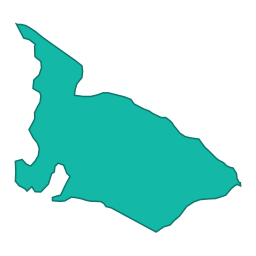 Ineia, Paphos, Cyprus
{"feature_id": "46923920B71258573989723", "entity_name": "Ineia", "entity_type": "district", "adm_level": 2, "iso_a3": "CYP", "parent_name": "Cyprus", "parent_adm1": "Paphos", "projection": "albers", "projection_center": [32.342, 34.971], "detail": "fine", "context": "isolated", "style": "filled", "palette": "teal", "viewbox_px": 256, "rotation_deg": 0, "n_neighbors": 0, "source": "geoboundaries", "source_scale": "gbopen_adm2", "svg_char_len": 1602}
<svg xmlns="http://www.w3.org/2000/svg" viewBox="0 0 256 256"><path d="M16.4,24.0L23.7,38.1L29.1,39.5L35.4,44.4L34.6,46.4L35.0,56.6L40.9,61.5L41.5,67.9L39.1,75.0L33.8,80.0L33.0,88.5L39.9,92.5L40.9,95.9L40.1,102.1L37.0,107.8L34.6,112.6L34.8,118.6L32.4,123.5L29.0,129.5L33.0,137.4L37.5,143.2L39.3,148.6L38.3,155.7L35.0,161.3L30.8,165.9L29.0,165.5L26.1,163.9L22.1,159.5L15.4,161.3L15.8,172.6L15.4,181.2L19.1,185.7L24.9,188.7L27.0,191.1L31.8,186.7L35.1,191.7L39.7,191.9L40.9,191.9L48.4,184.0L51.6,173.6L54.3,172.0L54.9,166.5L58.1,163.1L63.7,165.1L66.8,173.2L70.0,176.4L65.2,185.5L62.3,191.7L60.6,195.2L56.6,196.1L52.4,197.5L52.5,200.7L59.7,201.3L64.8,200.9L68.9,198.5L71.6,197.1L75.9,197.6L81.7,198.8L86.3,200.3L90.1,201.1L96.8,201.4L100.8,201.6L103.8,203.4L106.0,206.5L111.2,207.8L156.1,232.0L163.5,226.9L170.2,224.9L174.0,220.7L179.5,216.0L182.9,211.5L186.8,206.4L194.1,201.7L200.1,199.6L207.9,198.9L215.5,198.5L218.8,197.5L225.8,195.1L228.8,191.5L231.4,188.5L233.9,186.3L237.0,184.4L240.6,185.9L240.3,182.7L239.3,182.8L237.0,178.5L236.4,173.4L233.0,168.0L230.1,167.4L226.5,165.8L224.8,163.9L223.0,162.4L218.8,160.3L216.0,158.1L208.0,150.1L204.8,147.3L198.9,139.1L190.4,137.9L185.3,136.7L180.0,133.3L173.9,125.8L171.9,122.6L169.7,120.5L165.8,117.6L160.9,117.5L152.7,113.5L148.9,110.9L144.0,109.1L138.7,106.4L134.0,103.9L130.9,99.4L124.1,96.8L108.1,92.8L103.1,92.8L97.5,94.9L90.7,96.5L83.1,96.5L74.4,95.3L75.1,89.7L76.8,83.9L81.9,77.5L82.6,71.2L81.9,65.8L74.9,60.3L63.1,52.0L42.8,37.6L35.6,31.7L29.3,27.5L25.6,25.5L21.2,24.5L17.7,24.5L16.4,24.0Z" fill="#14b8a6" stroke="#0f766e" stroke-width="1.5"/></svg>